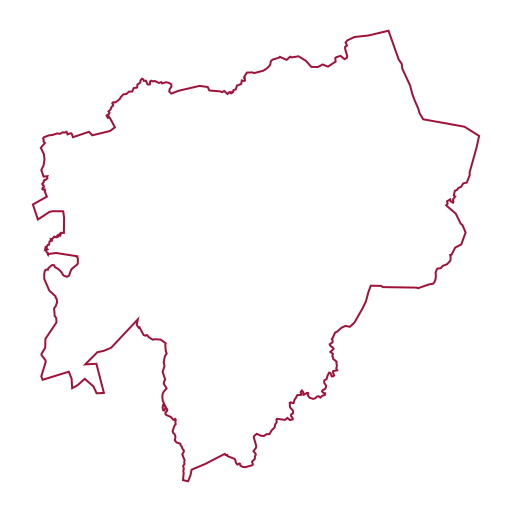 the district of Aizkalnes pag., Preilu, Latvia
{"feature_id": "27541924B10227546219094", "entity_name": "Aizkalnes pag.", "entity_type": "district", "adm_level": 2, "iso_a3": "LVA", "parent_name": "Latvia", "parent_adm1": "Preilu", "projection": "mercator", "projection_center": [26.738, 56.2], "detail": "fine", "context": "isolated", "style": "outline", "palette": "rose", "viewbox_px": 512, "rotation_deg": 0, "n_neighbors": 0, "source": "geoboundaries", "source_scale": "gbopen_adm2", "svg_char_len": 5896}
<svg xmlns="http://www.w3.org/2000/svg" viewBox="0 0 512 512"><path d="M42.6,379.8L68.8,371.7L71.6,378.7L72.2,388.2L77.7,385.1L84.8,378.8L93.5,386.5L96.6,393.3L103.9,392.9L96.4,363.8L85.2,364.4L97.4,352.2L103.9,350.8L111.2,347.7L137.8,319.4L136.7,324.8L138.7,327.8L139.5,327.3L143.6,335.0L145.4,335.7L146.9,335.0L148.8,337.2L152.8,339.7L155.1,339.2L160.6,339.6L165.7,343.3L165.3,344.7L165.5,348.6L165.9,351.4L166.7,353.5L165.1,355.8L164.5,358.0L163.7,362.2L164.5,366.1L162.6,371.8L165.2,379.5L164.1,381.4L163.8,383.8L166.6,388.4L163.7,391.7L162.7,393.7L162.3,396.9L162.8,400.9L165.4,406.6L163.0,405.3L162.6,407.7L163.2,410.3L164.4,410.5L165.7,407.0L167.3,409.6L166.9,411.2L165.4,412.9L165.4,414.0L166.3,415.0L170.7,416.9L173.1,419.6L174.0,419.8L175.0,418.9L175.8,419.8L175.4,420.9L175.6,424.4L174.4,425.8L172.6,431.1L173.3,433.1L174.3,433.8L175.2,435.5L175.4,437.4L174.8,440.4L176.6,442.5L180.3,443.7L180.6,445.2L181.9,446.9L182.6,449.1L183.6,450.0L183.9,451.5L182.3,454.3L184.6,460.3L184.2,462.2L184.5,464.0L183.2,465.9L183.8,468.7L183.3,471.2L183.7,472.9L183.0,480.1L188.1,481.3L190.5,475.2L191.6,469.7L205.1,464.0L224.7,453.9L225.6,455.1L227.2,454.9L227.5,456.1L234.1,458.7L235.1,459.5L236.0,462.7L237.3,464.5L239.6,463.5L240.1,463.9L240.4,465.7L242.7,466.9L245.3,467.2L252.3,465.2L252.8,464.6L252.8,463.6L252.1,462.3L252.2,461.4L254.7,459.1L255.0,456.3L255.7,454.8L255.6,453.6L253.5,451.2L255.9,447.9L256.3,446.1L253.8,437.5L254.0,436.2L256.8,433.8L260.8,435.7L263.9,436.0L266.5,434.2L269.5,434.1L271.6,430.4L274.5,427.6L275.2,424.4L276.7,422.2L276.4,419.6L277.0,418.8L285.1,419.9L287.4,417.9L289.8,420.0L292.7,419.4L292.7,418.2L290.9,415.7L291.3,414.3L292.8,413.6L293.1,411.7L292.6,410.1L290.1,407.5L289.7,402.9L290.8,402.3L292.6,403.2L293.6,403.0L294.7,399.3L295.6,398.4L297.2,395.2L301.5,394.8L300.6,392.1L301.9,390.5L303.4,392.3L303.2,393.3L303.9,394.7L307.1,392.8L308.1,393.0L308.3,393.7L307.7,395.0L309.4,397.6L313.2,398.9L315.3,398.2L317.0,396.5L318.5,396.2L320.3,397.6L322.3,395.7L324.7,395.1L325.1,393.3L323.4,392.9L322.0,391.3L322.9,389.9L324.8,389.2L325.8,387.7L326.1,385.6L324.2,382.9L324.3,380.4L326.6,379.0L327.5,375.8L329.2,372.6L330.5,373.1L331.7,376.3L333.0,376.4L334.1,375.4L333.0,372.7L333.2,371.1L337.2,370.3L336.3,368.4L336.9,365.5L336.4,363.1L336.6,361.7L333.1,358.8L333.0,357.3L332.3,356.0L333.0,354.0L330.4,351.9L333.6,348.9L332.9,347.6L330.4,345.9L329.7,344.3L332.5,342.3L332.7,340.5L331.8,339.1L332.6,338.1L335.1,332.6L336.9,331.8L341.7,327.6L345.6,325.9L349.9,326.8L354.4,322.6L362.4,308.7L365.9,301.5L368.3,292.4L370.8,285.7L381.1,285.9L382.9,287.1L416.4,287.6L418.1,288.2L429.0,284.4L432.8,283.8L434.3,282.4L435.5,279.2L435.9,276.2L435.6,272.7L436.8,269.4L437.4,268.6L440.7,268.2L442.9,265.8L447.1,264.2L450.3,260.7L450.7,257.8L450.2,254.9L451.5,254.8L455.2,247.6L461.3,244.4L465.6,232.5L462.4,224.9L460.7,223.7L455.8,213.7L446.2,205.4L447.6,203.7L447.0,201.3L450.3,199.3L450.5,199.8L450.1,200.6L450.6,201.2L453.0,202.7L453.4,201.7L453.0,200.3L453.2,199.1L455.2,196.5L453.8,195.4L454.9,190.7L456.8,190.1L458.4,188.0L461.3,186.7L463.1,183.5L466.8,182.5L469.7,175.2L469.6,172.4L476.6,147.4L479.1,135.9L464.4,126.7L423.2,119.3L419.6,113.2L418.1,108.2L414.4,99.8L412.3,94.0L410.1,85.5L402.3,68.7L401.7,63.8L398.7,59.5L388.5,30.7L368.4,35.5L354.4,37.0L347.5,40.3L345.6,42.4L347.0,45.6L345.1,46.9L345.2,49.2L347.2,56.0L346.8,57.9L344.5,59.1L340.5,55.9L336.3,57.2L335.3,58.0L335.6,61.6L328.0,66.6L322.6,64.5L317.9,67.0L311.3,66.9L306.1,61.0L298.6,56.3L291.6,57.4L290.1,56.7L286.6,59.9L279.8,56.8L278.8,57.8L272.8,59.5L270.8,61.2L270.3,64.4L269.4,65.9L267.3,68.1L263.3,70.7L254.1,73.1L252.3,72.4L246.9,72.6L244.3,76.7L244.7,77.4L244.1,78.1L244.8,78.7L245.0,80.5L243.6,81.0L241.8,80.4L241.2,84.0L236.9,85.6L235.8,89.4L233.6,90.0L233.5,90.9L232.5,91.7L232.9,92.2L231.5,93.3L230.6,93.2L230.4,92.2L229.2,92.2L227.5,94.0L224.3,91.0L222.0,92.2L220.5,91.4L209.4,90.5L207.7,87.0L199.5,85.9L178.5,90.8L171.4,93.6L169.2,91.5L169.7,89.0L171.4,86.7L171.3,84.4L169.4,83.1L166.2,82.2L162.1,83.4L161.1,82.1L159.0,83.0L154.8,81.0L152.8,81.4L151.4,80.7L150.2,81.4L149.8,84.4L148.3,84.6L147.4,84.1L145.9,80.7L143.9,80.9L143.2,79.3L141.9,78.7L140.5,80.5L140.3,82.6L137.4,84.5L137.2,87.1L136.8,87.7L133.8,88.0L132.2,91.5L128.8,91.7L126.5,94.0L123.3,94.4L120.6,97.3L120.2,98.5L117.6,100.9L115.0,102.5L113.4,102.2L112.4,103.0L112.3,103.4L113.2,105.0L113.0,105.7L111.6,106.8L110.5,109.6L108.5,111.5L109.5,112.7L109.2,113.7L106.6,115.5L107.5,117.3L108.2,116.1L108.9,116.4L108.5,117.6L110.0,118.1L114.9,127.3L110.0,131.0L92.3,135.3L89.0,131.8L72.9,137.2L71.9,134.1L70.9,133.2L67.5,134.4L66.6,131.8L64.7,132.6L62.7,132.3L59.9,133.9L57.3,133.4L52.4,135.0L49.1,135.3L43.8,137.3L43.0,138.5L43.8,140.0L43.5,141.5L44.9,143.0L40.8,147.8L43.9,154.2L44.5,159.4L43.6,165.3L41.3,170.0L43.6,176.6L47.4,176.2L47.0,177.1L47.4,178.3L45.4,180.0L44.5,179.9L43.7,181.2L43.8,182.0L42.2,183.9L42.7,185.1L43.5,185.3L44.0,186.9L42.7,187.8L42.3,189.1L43.2,189.7L44.7,189.3L45.1,190.5L44.8,191.5L46.9,196.6L32.9,204.5L37.9,219.5L49.6,211.8L53.1,211.2L63.2,211.3L64.1,217.8L63.9,232.9L60.9,232.8L59.6,234.1L60.6,234.8L60.1,235.8L58.9,234.9L58.2,236.2L57.6,235.7L57.4,236.8L56.7,236.5L56.0,237.4L54.2,236.6L52.0,239.2L50.7,239.0L50.8,239.8L52.0,239.7L51.9,240.7L49.5,241.5L49.1,244.6L47.5,245.1L46.8,247.0L45.7,246.9L45.2,249.0L46.3,248.0L47.5,249.4L45.8,250.2L46.6,252.1L48.0,253.1L47.7,254.1L48.1,254.8L48.4,254.0L56.2,253.0L78.1,256.4L76.9,256.8L77.9,258.3L77.8,263.4L77.1,264.6L72.3,268.4L71.1,269.9L69.0,275.7L66.9,276.8L63.5,275.5L61.1,271.7L58.4,269.1L54.8,267.0L54.2,265.3L52.4,265.0L50.9,265.8L48.1,268.5L48.0,269.6L45.6,269.8L44.7,271.4L44.2,274.6L44.3,279.0L49.3,290.6L55.5,296.3L55.7,297.8L56.6,298.6L57.1,302.4L55.6,306.4L54.1,308.4L54.7,316.0L56.2,318.0L56.5,322.3L45.4,338.9L45.2,347.8L41.5,353.8L41.5,355.0L45.5,360.3L45.7,362.0L41.3,376.3L42.6,379.8Z" fill="none" stroke="#9f1239" stroke-width="2"/></svg>